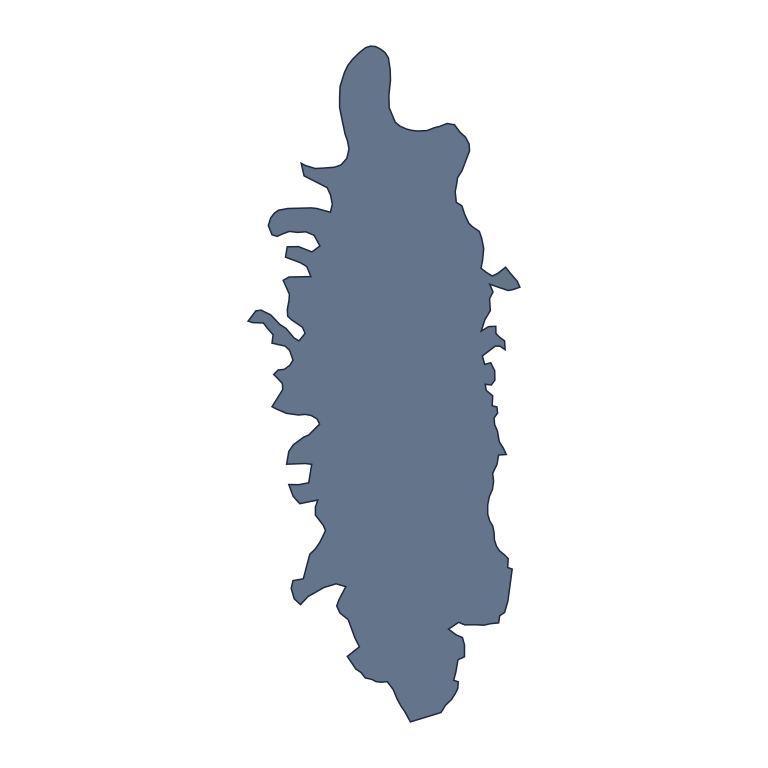 the district of Realeza, Paraná, Brazil
{"feature_id": "56859067B32532391106562", "entity_name": "Realeza", "entity_type": "district", "adm_level": 2, "iso_a3": "BRA", "parent_name": "Brazil", "parent_adm1": "Paraná", "projection": "equal_earth", "projection_center": [-53.548, -25.669], "detail": "fine", "context": "isolated", "style": "filled", "palette": "slate", "viewbox_px": 768, "rotation_deg": 0, "n_neighbors": 0, "source": "geoboundaries", "source_scale": "gbopen_adm2", "svg_char_len": 3225}
<svg xmlns="http://www.w3.org/2000/svg" viewBox="0 0 768 768"><path d="M458.3,681.8L453.7,680.3L455.8,672.4L458.0,659.7L464.5,656.8L464.5,645.0L462.5,637.6L455.9,634.7L448.5,629.1L452.9,626.2L458.6,622.3L464.8,624.9L471.2,624.8L476.6,624.8L483.9,625.2L490.5,623.7L498.7,622.9L499.7,615.7L504.6,612.5L507.9,601.1L512.2,569.1L507.7,567.5L508.2,558.6L504.1,554.5L499.8,551.1L496.5,546.3L494.4,539.8L494.1,532.6L492.7,525.9L489.7,520.9L487.7,514.1L487.7,504.9L489.4,496.4L492.5,489.3L493.6,481.4L492.7,473.3L497.0,464.3L498.6,455.0L506.3,454.5L503.2,447.9L499.3,441.7L497.5,431.3L494.6,424.4L494.1,417.9L497.6,413.1L496.9,406.9L492.2,405.8L492.7,395.8L486.3,390.5L485.2,384.3L491.3,385.0L494.9,380.1L494.7,370.7L490.7,362.8L484.6,364.4L482.4,355.9L489.3,350.7L495.2,346.1L499.8,346.1L505.1,349.7L504.6,340.9L499.8,337.4L495.9,333.4L495.8,326.3L488.6,326.6L481.2,331.1L484.9,319.7L490.3,310.7L489.6,298.6L493.0,292.0L489.8,284.3L501.0,288.1L508.1,290.5L512.7,289.7L519.9,287.2L517.3,281.3L510.7,273.7L505.6,267.2L497.6,273.5L492.2,276.0L486.4,272.4L481.0,268.3L482.7,259.5L483.7,248.4L481.7,238.3L479.3,231.4L472.5,226.8L468.8,223.3L464.5,213.9L462.0,205.9L456.3,202.3L455.2,191.6L456.6,184.4L457.6,177.6L462.0,170.7L469.6,150.8L469.1,144.0L465.5,137.1L460.1,132.3L454.5,124.8L447.1,123.5L439.8,126.4L434.4,127.7L426.9,130.6L417.7,131.0L411.8,130.4L406.4,129.0L399.7,126.0L395.2,122.1L389.2,107.7L388.9,95.0L390.5,80.4L390.2,69.9L388.4,57.9L385.2,52.7L379.9,48.7L375.3,46.5L370.6,46.1L365.6,47.7L359.9,52.1L352.6,59.2L347.9,65.3L344.5,72.3L340.1,86.3L339.6,96.7L339.6,107.5L341.6,117.5L345.1,134.2L347.5,141.0L349.0,148.9L346.8,158.3L341.2,164.8L334.6,167.2L323.3,168.1L315.2,168.5L305.7,165.6L301.2,163.3L304.1,175.9L327.2,187.7L330.6,195.2L332.3,204.3L330.4,212.2L316.8,208.5L311.4,207.9L287.8,208.5L278.5,210.2L274.4,213.1L270.7,217.9L268.3,225.6L272.0,234.7L277.1,236.4L282.1,234.1L289.4,231.4L297.5,232.4L305.8,231.8L314.1,235.3L319.9,246.0L311.9,251.9L298.5,246.6L287.2,246.8L285.5,257.2L300.3,262.7L306.8,266.6L310.9,276.6L289.0,277.0L283.2,280.3L289.4,294.3L289.0,300.3L287.3,309.7L287.7,316.2L291.4,319.7L302.5,327.3L305.1,333.4L299.0,340.9L293.9,337.8L286.1,328.5L279.8,324.4L270.7,314.9L261.0,310.1L255.8,310.9L248.1,321.1L252.4,322.6L263.4,323.0L267.3,328.2L273.1,334.7L272.0,343.2L285.1,346.1L289.7,350.5L293.0,360.2L289.7,365.4L284.4,369.3L278.1,370.0L273.7,374.5L278.1,378.8L282.4,383.6L282.7,389.6L272.0,406.7L277.3,409.4L286.3,413.3L298.3,415.0L305.3,414.4L310.9,415.4L317.0,418.8L319.6,424.1L308.8,434.9L303.6,437.2L293.4,444.7L288.8,451.4L286.6,464.2L305.3,463.5L311.7,464.3L308.7,482.8L298.5,484.7L288.8,484.5L293.2,496.4L299.8,503.7L317.8,500.0L315.4,507.0L315.4,515.1L323.4,525.5L325.5,530.7L319.8,542.4L315.1,549.2L309.8,554.2L303.3,578.8L293.0,580.6L291.2,588.4L294.2,598.8L300.5,604.6L308.1,596.5L323.9,587.5L336.1,583.8L345.8,586.7L338.9,599.8L336.7,606.0L340.0,613.1L348.2,619.6L354.9,637.9L359.4,646.8L347.3,656.4L352.4,663.9L355.8,669.1L360.9,672.4L365.3,678.0L371.7,679.3L376.0,681.6L381.6,682.2L387.2,681.6L393.3,689.7L397.0,698.8L401.1,706.3L404.7,711.5L410.4,721.9L441.0,712.5L445.4,705.4L451.5,699.5L455.3,693.6L457.8,688.4L458.3,681.8Z" fill="#64748b" stroke="#1e293b" stroke-width="1.5"/></svg>